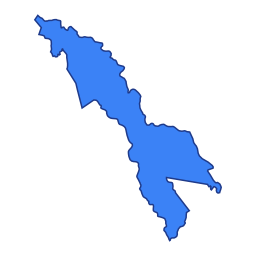 the district of Woodlands, Laborie, Saint Lucia
{"feature_id": "8701671B68052266894517", "entity_name": "Woodlands", "entity_type": "district", "adm_level": 2, "iso_a3": "LCA", "parent_name": "Saint Lucia", "parent_adm1": "Laborie", "projection": "orthographic", "projection_center": [-60.983, 13.799], "detail": "fine", "context": "isolated", "style": "filled", "palette": "blue", "viewbox_px": 256, "rotation_deg": 0, "n_neighbors": 0, "source": "geoboundaries", "source_scale": "gbopen_adm2", "svg_char_len": 5787}
<svg xmlns="http://www.w3.org/2000/svg" viewBox="0 0 256 256"><path d="M50.6,51.9L51.1,52.3L52.1,53.9L52.7,55.9L53.1,56.4L54.1,56.0L54.7,56.0L55.2,56.7L56.0,56.9L57.5,56.5L57.9,55.6L57.9,54.7L58.1,54.3L58.6,54.4L59.3,54.9L60.1,54.3L59.7,52.7L59.9,51.9L61.7,51.0L62.1,50.7L61.9,50.2L61.9,49.8L62.6,48.4L62.6,48.8L62.9,49.7L63.5,50.6L64.3,51.6L65.5,52.9L66.2,53.8L66.8,54.9L66.8,56.8L66.8,57.6L67.6,63.3L67.6,65.9L67.3,68.1L66.9,68.9L75.9,83.3L77.5,90.1L82.1,108.0L93.8,100.0L95.9,100.2L96.5,100.4L97.2,101.0L97.9,101.8L99.8,104.9L101.0,105.4L101.2,106.1L100.9,107.5L100.9,107.9L101.2,108.3L103.1,109.2L104.7,109.7L106.0,110.7L106.5,111.3L106.7,112.2L106.7,113.4L107.2,115.0L107.6,115.9L109.1,117.3L110.7,118.1L112.1,118.4L116.5,118.8L117.6,119.5L117.9,120.3L118.2,121.5L118.9,123.6L119.6,124.3L122.1,125.2L123.5,126.0L124.4,126.7L125.3,127.8L125.8,129.2L126.5,132.5L127.1,135.3L128.6,139.9L129.3,141.2L130.3,142.5L131.6,143.5L132.2,144.0L132.3,144.4L132.4,145.2L132.3,145.9L131.8,147.0L131.4,147.6L129.4,149.8L128.9,150.5L128.5,151.3L128.4,152.1L128.5,153.9L128.9,156.4L129.8,159.0L130.2,159.8L131.7,161.1L132.4,161.2L133.2,161.5L136.2,161.8L137.0,162.1L138.2,163.0L138.6,163.9L138.5,164.5L138.4,165.7L138.5,166.3L139.1,168.1L139.2,169.0L139.1,169.9L138.6,171.5L137.1,175.4L136.9,176.1L136.9,176.6L137.2,177.5L138.4,179.6L140.1,183.1L140.3,184.0L140.8,184.7L140.9,185.6L140.8,186.2L140.4,187.5L139.8,188.2L139.7,188.5L139.7,188.9L140.2,189.9L140.6,190.2L140.9,190.5L141.3,191.4L141.3,191.6L142.0,193.8L142.9,195.9L143.3,196.6L144.0,197.2L146.2,198.5L146.5,198.7L147.6,200.6L148.8,201.3L148.7,202.8L149.1,203.7L149.4,204.2L149.6,204.4L150.1,204.6L152.6,204.5L152.9,204.6L153.0,204.7L153.2,205.0L153.5,205.9L153.5,206.7L153.3,208.8L153.3,209.8L153.4,210.6L153.7,211.0L154.3,211.5L155.1,211.9L156.9,212.6L157.2,212.9L157.6,213.8L157.7,214.3L157.7,216.0L157.9,216.3L158.3,216.5L159.8,216.8L162.8,217.7L164.3,218.4L164.9,218.9L165.8,221.3L165.8,221.8L165.8,223.4L166.2,224.7L166.5,226.1L166.3,226.6L165.0,227.4L164.5,227.9L164.2,228.3L164.0,229.5L164.0,230.5L164.9,231.4L165.7,232.4L166.7,234.8L168.1,237.0L168.7,238.3L168.9,239.1L169.7,240.6L170.3,240.1L170.4,239.2L170.9,238.5L171.5,238.1L172.2,237.9L173.8,237.9L174.5,237.8L175.9,237.0L176.7,236.3L177.1,235.2L177.3,234.1L177.2,233.1L177.2,232.1L177.7,230.8L178.0,230.2L178.4,229.0L178.8,228.4L179.9,227.4L180.1,226.9L180.4,226.6L181.0,226.6L181.4,226.6L183.2,225.9L183.5,225.7L184.2,224.8L184.7,223.9L185.2,223.3L185.2,222.7L184.9,222.5L184.6,221.9L184.8,221.3L185.7,219.0L185.8,218.5L186.1,217.8L186.3,214.1L186.5,212.9L186.5,212.5L189.3,210.7L175.6,192.9L175.3,191.7L175.1,191.1L174.9,190.7L174.4,190.3L173.9,190.2L173.2,189.5L172.7,188.8L173.0,185.9L172.7,185.1L172.8,184.2L172.3,182.9L171.5,182.5L169.1,182.2L167.8,181.6L166.9,180.2L166.5,178.7L166.5,177.5L207.6,184.4L208.0,185.3L209.1,186.8L209.6,186.6L210.1,186.1L210.5,186.0L210.9,186.5L210.9,187.2L210.6,188.8L210.8,189.4L211.4,189.9L213.9,186.6L214.3,186.6L215.4,187.3L216.6,188.5L216.7,189.0L216.3,190.1L216.7,192.0L217.5,192.8L218.2,193.0L219.0,192.8L219.7,192.6L219.7,192.2L220.7,189.4L221.2,187.4L220.9,186.3L219.8,184.0L217.6,182.5L215.9,182.8L214.9,182.0L213.4,180.3L210.4,175.2L207.6,171.0L208.1,169.9L213.0,168.2L213.2,167.0L212.3,165.5L208.1,162.1L202.2,158.7L199.4,155.9L198.2,153.3L197.4,148.7L196.3,146.1L195.2,144.8L193.7,142.6L192.8,138.7L189.7,132.0L187.0,131.7L185.7,131.1L184.8,130.8L184.4,130.8L182.9,131.1L181.4,131.2L179.0,130.7L177.8,129.9L174.9,127.5L173.7,126.7L173.1,126.5L172.2,126.5L171.0,126.6L168.0,126.5L166.6,126.0L164.0,124.4L163.3,124.3L161.4,124.6L160.3,125.0L159.4,125.4L158.8,126.0L157.7,126.2L155.3,125.9L154.4,125.4L153.9,124.9L153.3,123.9L152.7,123.5L152.3,123.4L151.4,123.4L150.8,123.7L149.4,124.9L148.7,125.1L147.3,125.0L146.9,124.9L146.7,124.6L146.2,123.8L145.3,122.5L145.1,121.3L144.9,120.2L144.9,119.4L144.9,118.8L145.3,117.5L145.4,117.0L145.4,116.5L145.2,116.1L144.9,115.5L144.6,115.2L143.2,114.3L142.9,114.0L142.5,112.7L141.7,111.5L140.9,110.1L140.0,108.0L139.8,106.5L139.8,105.9L139.5,103.9L139.5,103.4L140.2,101.0L140.1,99.4L140.3,97.9L140.8,96.4L140.1,95.0L138.9,93.4L138.1,92.5L135.4,90.0L134.2,89.4L133.1,89.2L132.2,89.4L130.6,90.4L130.0,91.3L129.5,92.5L128.8,92.8L128.2,92.8L128.0,91.8L128.2,90.7L128.2,89.5L127.2,87.3L126.8,86.2L126.2,83.0L126.0,81.4L124.7,79.1L124.1,78.3L123.0,77.8L121.8,77.0L120.2,76.2L119.7,75.1L119.8,74.0L120.0,73.5L121.0,72.1L122.8,70.7L124.1,68.9L124.4,67.7L123.8,66.7L123.2,66.3L119.2,65.3L117.7,64.5L117.2,63.4L116.4,61.4L116.0,60.7L115.5,60.2L114.3,60.0L113.0,59.3L112.4,58.5L111.9,58.1L110.8,57.8L110.2,57.5L110.2,56.9L111.0,55.7L111.2,53.6L110.7,52.7L109.9,51.6L109.5,51.3L108.5,51.0L105.9,51.2L104.1,50.9L103.1,50.6L101.4,49.3L101.0,48.8L100.9,47.8L101.6,46.7L102.5,45.9L102.6,45.7L102.6,44.0L102.5,43.7L102.0,43.0L100.7,42.9L96.5,42.0L95.4,41.9L94.7,41.5L93.2,39.6L92.7,38.6L92.1,38.0L91.4,37.6L90.6,37.3L88.3,37.4L87.4,37.3L86.6,37.2L84.9,36.8L84.0,36.9L82.4,37.4L81.4,37.4L79.4,37.1L78.7,36.5L78.4,35.5L77.9,35.1L77.2,34.2L77.1,33.8L77.1,32.1L76.8,31.7L76.4,31.3L74.5,29.9L71.0,26.6L70.5,26.6L69.6,26.9L68.8,27.6L68.5,28.0L68.1,29.1L67.9,30.0L67.6,30.3L66.8,30.2L66.1,29.7L65.4,29.4L63.8,27.2L63.0,27.1L62.8,27.2L62.6,27.5L62.1,27.6L61.8,27.7L61.5,27.8L61.2,27.7L60.7,24.3L60.7,21.3L60.4,20.8L59.8,20.6L57.3,20.1L56.4,19.6L54.9,19.6L53.1,19.9L51.9,20.4L51.2,20.4L50.5,20.4L48.7,20.5L48.2,20.6L47.6,20.9L47.4,21.0L46.8,21.2L46.2,20.9L45.4,21.2L44.9,21.1L44.0,20.5L42.2,18.4L41.4,18.0L40.3,17.6L39.2,16.7L37.8,15.4L34.8,19.8L41.3,27.6L38.9,34.5L39.4,34.6L42.3,35.2L43.5,35.6L44.0,35.8L44.4,36.4L44.9,37.7L45.2,38.2L45.5,38.3L48.3,38.6L49.1,38.9L50.4,39.7L50.8,40.1L51.2,41.0L51.4,44.1L51.1,45.6L51.5,48.7L51.5,49.6L51.1,50.7L50.6,51.9Z" fill="#3b82f6" stroke="#1e3a8a" stroke-width="1.5"/></svg>